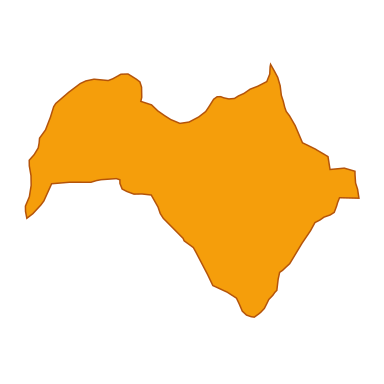 Al-Zibar, Arbil, Iraq (orthographic projection), rotated 269°
{"feature_id": "34846034B21205760150819", "entity_name": "Al-Zibar", "entity_type": "district", "adm_level": 2, "iso_a3": "IRQ", "parent_name": "Iraq", "parent_adm1": "Arbil", "projection": "orthographic", "projection_center": [44.113, 37.087], "detail": "fine", "context": "isolated", "style": "filled", "palette": "amber", "viewbox_px": 384, "rotation_deg": 269, "n_neighbors": 0, "source": "geoboundaries", "source_scale": "gbopen_adm2", "svg_char_len": 1735}
<svg xmlns="http://www.w3.org/2000/svg" viewBox="0 0 384 384"><g transform="rotate(269 192 192)"><path d="M66.3,248.9L65.8,252.1L69.0,256.7L70.6,258.7L74.3,262.3L79.2,264.9L83.2,266.9L87.3,271.0L90.1,273.0L92.2,275.1L103.2,276.6L110.1,278.2L112.1,281.2L115.4,284.8L118.6,288.4L124.3,292.0L139.0,301.2L151.2,309.8L159.3,314.4L161.8,319.5L164.6,323.6L166.6,329.7L169.1,333.8L171.5,334.8L175.6,336.4L178.9,337.4L183.7,339.4L182.9,358.8L191.8,357.6L198.1,355.7L206.2,355.3L209.9,355.3L213.2,344.7L212.1,330.4L225.0,328.6L231.7,317.7L232.7,316.2L239.3,303.3L256.6,296.3L266.5,290.8L270.9,287.6L275.0,286.2L281.2,284.8L287.1,283.0L296.7,282.0L305.1,279.7L311.4,276.5L318.2,272.8L315.8,272.3L308.5,271.8L301.1,268.7L296.6,259.6L293.8,251.9L289.7,245.8L287.3,240.2L284.8,236.1L284.4,230.5L285.6,225.4L286.8,222.4L286.8,218.8L284.4,215.3L276.6,210.2L272.2,207.1L266.9,200.0L262.0,190.3L260.8,181.1L262.8,176.6L264.8,172.0L268.9,165.8L273.7,159.2L279.8,153.1L283.5,142.4L287.5,143.4L291.6,143.4L297.7,143.4L303.0,141.8L305.8,138.3L311.1,130.1L311.0,123.0L306.6,114.8L304.9,110.2L305.7,103.1L306.5,96.0L304.9,87.8L302.4,82.2L293.9,70.5L282.9,57.3L279.7,55.2L269.1,51.7L256.6,46.6L248.5,40.5L243.6,40.0L238.7,39.0L232.2,34.9L226.6,29.8L220.9,29.8L211.2,31.3L201.4,31.3L190.1,29.3L180.8,25.2L175.5,25.2L168.6,26.4L173.1,32.5L181.6,40.6L185.6,43.7L202.7,51.8L203.9,69.7L203.5,91.1L205.1,96.7L205.9,101.3L206.7,116.6L205.5,120.1L201.8,120.1L196.2,122.2L193.7,126.8L190.9,133.9L190.9,142.0L189.7,151.2L177.5,157.8L171.0,159.9L166.1,162.9L159.2,169.5L145.8,182.3L143.3,183.3L136.4,192.4L131.5,195.0L109.1,206.2L98.1,211.2L91.2,225.5L85.1,234.6L79.4,237.2L72.0,240.2L68.0,244.3L66.3,248.9Z" fill="#f59e0b" stroke="#b45309" stroke-width="1.5"/></g></svg>